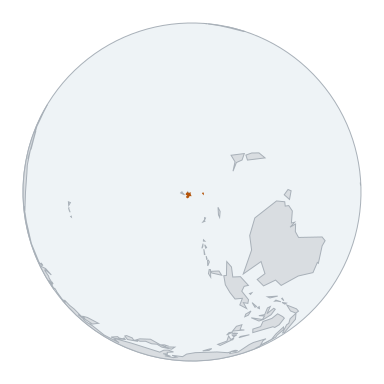 the Earth from above Western, rotated 229°
{"feature_id": "FJI-2620", "entity_name": "Western", "entity_type": "Division", "adm_level": 1, "iso_a3": "FJI", "parent_name": "Fiji", "parent_adm1": "", "projection": "orthographic", "projection_center": [177.638, -19.194], "detail": "fine", "context": "on_globe", "style": "filled", "palette": "amber", "viewbox_px": 384, "rotation_deg": 229, "n_neighbors": 0, "source": "natural_earth", "source_scale": "10m", "svg_char_len": 7175}
<svg xmlns="http://www.w3.org/2000/svg" viewBox="0 0 384 384"><g transform="rotate(229 192 192)"><circle cx="192" cy="192" r="169" fill="#eef3f6" stroke="#a8b0b8"/><path d="M198.7,182.8L198.9,184.1L198.7,184.3L198.7,182.8ZM352.8,140.1L349.4,131.7L346.7,125.7L343.4,118.1L324.7,89.9L340.5,114.2L336.4,108.1L330.0,98.8L329.8,97.6L320.4,85.4L314.5,79.7L301.2,66.3L287.2,53.3L291.4,56.1L287.5,53.1L282.0,49.6L279.3,48.1L258.6,37.0L239.4,30.5L236.2,30.5L234.7,29.4L230.3,31.3L221.7,31.4L229.8,30.2L229.3,29.4L222.6,28.6L220.7,27.7L216.3,27.0L214.6,26.1L219.5,26.0L218.5,25.6L213.8,25.2L209.1,24.4L216.2,25.1L208.8,23.9L211.7,24.2L223.6,26.0L235.3,28.7L246.9,32.2L258.1,36.5L269.0,41.6L279.6,47.5L289.7,54.1L299.2,61.4L308.3,69.4L316.7,78.0L324.5,87.2L331.7,96.9L338.1,107.1L343.8,117.8L348.7,128.8L352.8,140.1ZM291.3,328.7L290.3,329.4L286.1,332.3L287.2,331.5L286.8,331.6L284.9,332.8L290.7,328.4L298.8,322.4L301.6,320.5L303.1,319.0L308.3,314.5L291.3,328.7ZM309.3,313.6L309.1,313.8L311.5,311.5L309.3,313.6ZM263.8,93.3L262.7,90.1L265.7,92.3L263.8,93.3ZM260.5,88.1L261.2,89.2L260.3,88.2L260.5,88.1ZM258.8,87.4L260.1,87.9L258.7,87.6L258.8,87.4ZM256.6,86.8L257.8,87.0L257.7,87.1L256.6,86.8ZM253.0,85.0L252.1,84.5L253.1,84.3L253.0,85.0ZM278.5,47.7L282.1,49.7L287.8,53.4L285.0,51.8L278.5,47.7ZM267.4,41.7L268.5,42.1L272.7,44.6L270.8,43.6L267.4,41.7ZM234.2,31.0L237.6,31.6L235.0,31.4L234.2,31.0ZM216.0,27.0L215.7,27.3L213.6,26.8L216.0,27.0ZM209.0,25.2L205.8,24.7L209.9,25.2L209.0,25.2ZM204.4,24.4L196.4,23.7L194.9,23.9L194.5,23.1L201.5,23.8L206.8,24.2L204.0,24.1L204.4,24.4ZM279.0,336.5L289.2,329.4L284.4,333.0L285.9,332.4L278.8,337.0L279.0,336.5ZM174.7,23.9L174.9,23.9L183.4,23.4L184.8,23.3L184.8,23.2L194.5,23.1L194.9,23.9L191.7,24.0L194.2,24.9L186.5,25.3L181.2,26.3L171.3,26.9L168.1,28.2L169.4,28.4L166.0,30.7L154.2,35.3L157.7,30.2L174.3,25.5L167.0,27.0L166.9,26.5L163.2,27.0L158.2,28.5L158.7,28.7L141.6,31.9L126.1,38.1L131.5,36.9L130.8,38.4L117.9,47.0L92.3,62.6L91.2,66.8L88.4,70.2L83.4,73.1L87.3,68.1L85.9,67.2L88.9,64.2L82.2,68.0L86.2,64.0L79.1,69.4L77.4,72.1L81.8,69.8L73.9,76.9L73.2,81.6L68.6,89.1L54.8,106.0L47.3,113.5L46.0,116.3L45.3,114.6L41.0,121.7L39.3,135.0L38.1,139.7L32.7,151.6L33.2,148.1L31.5,143.3L28.6,155.4L29.8,162.0L30.1,172.5L28.1,171.1L28.1,162.1L27.5,160.1L29.5,149.8L32.6,136.7L30.7,141.8L32.6,136.0L32.7,135.8L37.0,124.7L42.2,113.9L48.0,103.5L54.6,93.6L61.9,84.2L69.8,75.3L78.4,66.9L87.5,59.2L97.1,52.2L107.2,45.9L117.7,40.3L128.6,35.4L139.8,31.3L151.2,28.0L162.9,25.6L174.7,23.9ZM86.2,323.5L87.7,324.4L88.8,325.4L86.2,323.5ZM49.7,190.0L52.7,189.7L52.7,190.5L49.7,190.0ZM46.5,188.5L49.6,187.5L46.2,190.4L46.5,188.5ZM50.8,187.1L54.1,184.5L55.4,182.7L55.4,184.4L50.8,187.1ZM44.5,189.4L35.3,194.2L32.2,194.2L32.5,190.9L37.6,188.3L44.5,189.4ZM32.3,191.0L28.1,186.6L25.3,169.4L26.2,167.9L29.7,176.2L29.4,178.9L32.0,182.9L32.3,191.0ZM44.2,169.3L43.9,176.7L38.5,178.7L36.2,178.9L34.6,170.7L35.5,165.6L37.2,164.7L46.0,145.6L48.6,148.0L45.4,155.5L47.7,160.6L44.2,169.3ZM51.2,133.8L46.6,141.7L51.3,131.8L51.2,133.8ZM55.0,125.1L54.5,128.2L53.7,125.7L55.0,125.1ZM44.3,120.6L42.4,122.5L43.2,120.3L46.1,116.7L44.3,120.6ZM65.1,95.8L62.2,101.9L60.8,104.2L61.3,100.9L65.1,95.8ZM179.7,254.8L184.5,256.9L182.3,262.6L177.6,268.2L169.8,269.5L179.7,254.8ZM127.9,267.6L122.4,260.7L129.4,259.8L130.9,266.1L127.9,267.6ZM183.3,250.8L185.1,244.8L180.8,236.6L186.6,244.3L194.1,245.6L186.7,256.7L183.3,250.8ZM87.8,242.6L72.7,260.7L67.9,260.5L66.0,254.9L55.3,240.6L56.6,240.4L51.8,230.4L58.9,217.1L63.0,198.0L70.7,197.3L74.2,184.4L83.2,183.8L82.5,193.5L94.2,198.5L96.5,176.9L109.1,198.9L121.3,207.0L131.2,222.4L129.8,249.9L123.8,255.6L120.2,253.1L118.3,256.1L111.9,255.3L103.4,246.7L101.8,249.8L101.1,242.9L99.9,249.2L94.3,244.0L87.8,242.6ZM154.7,196.2L157.4,197.0L163.4,201.6L158.9,200.5L154.7,196.2ZM192.1,186.7L194.6,188.9L191.3,189.0L192.1,186.7ZM198.7,184.3L194.7,184.5L198.7,182.8L198.7,184.3ZM162.6,183.1L164.4,184.7L163.5,185.2L162.6,183.1ZM161.4,182.6L162.2,180.4L162.7,182.7L161.4,182.6ZM146.4,169.5L147.5,168.4L148.4,169.3L146.4,169.5ZM57.2,188.4L60.9,181.3L63.4,180.2L57.2,188.4ZM143.9,167.0L140.5,166.6L140.6,165.5L143.9,167.0ZM143.6,164.2L143.0,162.5L145.8,166.5L143.6,164.2ZM136.7,160.3L141.1,163.4L136.3,160.7L136.7,160.3ZM134.4,160.7L131.5,159.4L131.6,158.9L134.4,160.7ZM106.4,163.2L116.7,172.6L109.5,172.6L101.1,167.0L96.3,173.0L84.5,173.3L86.6,169.5L84.5,164.5L73.6,164.0L71.3,161.1L74.8,158.2L68.2,156.8L75.4,154.0L78.7,160.3L83.0,154.3L91.3,154.7L100.1,156.3L108.0,161.1L106.4,163.2ZM76.3,169.0L77.6,168.8L76.7,171.1L76.3,169.0ZM125.9,155.4L130.2,158.9L129.8,159.7L127.8,159.2L125.9,155.4ZM109.7,159.8L117.9,153.8L120.0,153.9L114.7,160.5L109.7,159.8ZM115.4,150.2L119.6,150.9L122.2,154.1L121.3,155.0L115.4,150.2ZM61.6,165.5L61.4,167.5L59.7,166.4L61.6,165.5ZM63.7,163.9L69.1,164.8L63.3,165.6L63.7,163.9ZM49.6,161.5L50.8,165.4L54.8,161.3L51.8,166.4L55.0,172.9L54.2,176.0L51.0,168.8L50.6,177.4L48.9,177.9L47.5,171.1L49.0,162.0L50.7,157.9L58.2,154.2L49.6,161.5ZM63.5,158.5L62.1,153.7L63.2,150.0L64.6,152.4L63.5,158.5ZM59.1,142.6L56.5,137.9L53.5,141.0L60.4,131.4L61.5,137.4L59.1,142.6ZM58.1,131.1L55.2,133.9L58.7,128.6L58.1,131.1ZM54.8,132.2L55.3,128.5L57.2,128.4L54.8,132.2ZM59.5,130.9L61.3,124.3L61.6,127.8L59.5,130.9ZM56.6,120.5L59.3,125.2L54.4,124.4L57.7,112.6L60.1,111.5L56.6,120.5ZM92.1,72.5L93.5,69.9L96.6,68.8L94.8,70.9L92.1,72.5ZM108.1,64.1L97.9,67.7L90.0,71.4L90.9,72.2L86.2,77.3L86.7,73.5L94.6,67.5L100.1,65.7L104.0,61.9L109.9,59.0L113.4,54.9L117.0,52.9L115.5,56.2L108.1,64.1ZM114.7,53.2L123.0,46.5L127.4,46.8L126.6,48.4L121.0,51.2L118.9,50.8L114.7,53.2ZM126.3,45.1L124.5,44.8L132.7,37.2L135.6,35.8L131.6,41.0L129.7,41.2L126.9,43.2L126.3,45.1Z" fill="#d9dde1" stroke="#a8b0b8" stroke-width="1"/><path d="M192.4,189.1L192.2,189.1L191.9,189.0L191.7,188.9L191.4,188.9L191.2,188.8L191.1,188.7L190.9,188.5L190.9,188.4L191.0,188.4L190.9,188.4L191.0,188.3L191.0,188.2L190.9,188.2L191.0,188.1L191.3,188.0L191.3,187.9L191.2,187.9L191.2,187.7L191.3,187.7L191.4,187.8L191.4,187.7L191.3,187.4L191.5,187.3L191.5,187.2L191.8,186.9L192.0,186.9L192.1,187.0L192.1,186.9L192.3,186.8L192.3,186.7L192.5,186.7L192.5,186.8L192.6,186.7L192.8,186.7L193.0,186.7L193.3,186.6L193.5,186.5L193.6,186.4L193.7,186.5L193.8,186.5L193.7,186.8L193.8,186.8L194.0,186.8L194.1,187.0L194.3,187.2L194.3,187.3L194.2,187.4L194.2,187.5L194.1,187.4L193.9,187.4L193.8,187.5L193.7,187.5L193.4,187.5L193.3,187.4L193.2,187.3L193.2,187.2L193.1,187.3L193.1,187.5L193.3,187.6L193.2,187.7L193.1,187.8L193.0,188.0L192.9,188.0L193.0,188.1L193.0,188.3L193.0,188.5L192.9,188.5L192.6,188.4L192.5,188.5L192.4,188.5L192.4,188.8L192.5,188.8L192.5,189.0L192.4,189.0L192.4,189.1ZM191.0,185.8L191.0,185.7L191.0,185.8L190.9,185.9L190.9,186.0L190.8,185.9L190.8,186.0L190.7,186.0L190.7,185.9L190.8,185.9L190.9,185.7L190.9,185.8L191.0,185.8L191.0,185.8ZM191.8,184.6L191.8,184.8L191.6,185.0L191.4,185.1L191.4,184.9L191.5,184.9L191.5,185.0L191.5,184.9L191.8,184.7L191.8,184.6ZM192.0,189.9L192.0,190.0L191.9,190.0L192.0,190.0L192.0,189.9L192.0,189.9ZM191.5,185.1L191.4,185.2L191.4,185.3L191.3,185.2L191.5,185.1ZM183.7,199.5L183.6,199.4L183.8,199.4L183.8,199.5L183.7,199.5Z" fill="#f59e0b" stroke="#b45309" stroke-width="1.5"/></g></svg>